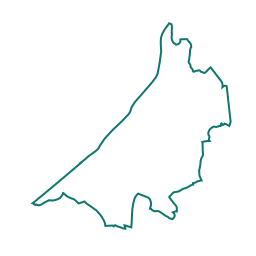 the district of Santa Lucía, Atlántico, Colombia, rotated 84°
{"feature_id": "7082276B3816592638323", "entity_name": "Santa Lucía", "entity_type": "district", "adm_level": 2, "iso_a3": "COL", "parent_name": "Colombia", "parent_adm1": "Atlántico", "projection": "robinson", "projection_center": [-74.963, 10.342], "detail": "fine", "context": "isolated", "style": "outline", "palette": "teal", "viewbox_px": 256, "rotation_deg": 84, "n_neighbors": 0, "source": "geoboundaries", "source_scale": "gbopen_adm2", "svg_char_len": 5563}
<svg xmlns="http://www.w3.org/2000/svg" viewBox="0 0 256 256"><g transform="rotate(84 128 128)"><path d="M149.5,48.2L148.6,48.7L147.9,48.7L147.4,48.7L146.9,48.5L146.5,48.4L146.1,48.1L145.9,48.0L145.6,47.9L145.3,47.9L143.9,48.2L143.7,48.3L143.3,48.6L143.0,48.7L142.1,48.8L141.5,48.7L141.0,48.6L140.3,48.3L139.7,48.0L139.1,47.6L138.4,47.1L138.0,46.8L137.5,46.3L137.1,45.7L136.6,44.9L136.0,43.7L135.8,43.2L135.6,42.6L135.6,42.2L135.6,41.9L136.0,41.0L136.2,40.4L136.2,40.1L136.2,39.8L136.1,39.4L136.0,39.0L135.9,38.5L135.6,37.6L135.5,37.0L135.7,36.0L135.7,35.7L135.5,35.4L135.3,35.3L134.6,35.3L134.2,35.3L133.4,34.9L133.2,34.5L133.3,34.4L133.9,34.0L134.3,33.9L134.6,33.8L134.7,33.7L134.8,33.5L134.9,33.4L134.8,33.2L134.4,32.1L134.1,31.7L133.8,31.4L134.0,31.0L135.2,28.8L136.5,27.1L136.0,26.9L135.5,26.6L133.9,25.8L132.4,25.3L131.8,25.2L130.9,25.3L97.9,25.5L96.7,25.5L96.4,26.0L96.2,26.5L96.1,27.1L96.2,27.7L96.2,28.1L96.6,28.8L97.3,29.8L95.9,29.5L94.7,29.5L93.5,29.6L92.7,29.7L91.7,30.2L90.6,30.7L86.9,33.0L78.9,37.9L76.3,39.5L77.4,41.1L78.1,42.0L79.9,44.0L80.3,44.5L80.6,45.0L81.1,45.7L81.2,45.9L81.2,46.1L81.2,46.4L81.0,46.9L80.4,47.9L79.9,49.2L79.7,49.5L79.3,49.9L78.6,50.4L78.4,50.6L78.2,50.8L78.1,51.1L78.1,51.6L78.2,52.5L78.3,54.5L78.4,55.0L78.8,56.0L78.9,56.5L78.9,56.8L78.8,57.0L78.6,57.3L78.4,57.4L78.3,57.5L78.1,57.6L77.1,57.5L76.7,57.6L76.2,57.8L75.7,58.1L74.9,58.8L74.4,59.1L74.0,59.3L73.5,59.4L72.4,59.3L71.9,59.4L71.5,59.5L71.0,59.7L70.1,60.3L69.8,60.5L69.1,60.7L68.5,60.7L68.1,60.7L67.6,60.5L66.6,60.1L66.2,59.9L64.6,59.7L63.3,59.3L62.1,59.0L59.1,58.4L57.4,58.2L56.8,58.0L56.1,57.8L55.2,57.4L54.7,57.2L54.3,56.7L53.7,56.6L53.1,56.6L52.5,56.6L52.1,56.7L51.2,56.8L50.8,56.9L50.4,57.1L49.6,57.6L48.8,58.1L48.4,58.5L47.6,59.0L46.2,59.8L45.8,60.0L45.6,62.3L45.4,65.1L45.4,66.7L46.0,66.7L46.9,66.9L47.7,67.0L47.9,67.1L48.9,67.9L49.4,68.4L49.8,69.1L49.9,69.5L50.1,71.1L50.1,71.5L49.9,71.8L49.6,71.9L49.0,72.7L48.5,73.4L47.9,74.0L47.7,74.2L47.2,74.2L46.6,74.5L45.9,74.8L45.3,75.0L44.8,75.1L43.6,75.2L43.0,75.2L42.0,75.1L41.5,75.0L41.0,74.9L40.2,74.6L39.1,74.6L38.5,74.5L37.5,74.5L36.7,74.4L35.6,74.3L35.0,74.2L34.4,74.1L32.5,73.7L30.7,73.8L29.3,74.0L29.0,74.8L28.6,75.4L28.1,76.1L33.9,81.2L37.9,84.1L41.3,85.6L44.1,86.2L48.4,86.7L55.3,87.0L65.7,89.5L76.9,92.8L80.5,95.0L85.1,99.3L98.3,113.4L102.9,118.4L107.5,122.1L112.0,124.1L114.2,125.8L120.5,133.2L128.3,143.4L136.2,152.4L141.5,156.8L141.5,157.0L145.0,159.4L146.1,160.5L147.9,163.1L150.0,166.8L152.4,170.9L154.4,173.6L157.6,178.8L157.8,178.5L170.4,197.0L179.0,209.7L191.8,229.0L192.8,230.8L193.2,230.0L194.0,229.3L193.9,229.1L194.7,228.4L194.9,227.9L194.6,227.6L194.5,227.1L194.6,226.9L194.7,226.7L195.0,226.3L195.5,225.1L195.6,224.8L195.5,224.1L195.3,223.5L195.3,223.1L195.2,222.6L194.9,221.9L194.6,221.4L194.2,220.5L193.8,219.8L193.3,218.8L193.1,218.4L193.0,218.0L191.8,214.5L191.5,213.8L191.7,213.3L192.0,212.4L192.1,211.7L192.2,210.7L192.2,209.6L192.1,208.7L192.0,207.7L191.8,206.7L191.6,205.8L191.3,204.9L190.5,202.9L188.8,201.3L187.3,200.0L186.7,199.7L186.2,199.6L185.9,199.4L185.9,199.2L186.1,198.9L186.9,198.4L187.2,198.1L187.6,197.5L188.6,196.7L189.5,195.8L190.3,194.7L190.6,194.2L191.2,193.2L192.3,191.2L193.0,189.5L193.5,188.9L193.9,188.5L197.9,184.9L197.8,184.5L197.7,183.9L197.1,181.5L196.6,178.9L198.3,177.6L203.4,171.7L205.3,169.7L206.6,168.1L211.6,164.5L213.6,163.4L215.9,162.4L216.6,162.0L218.3,161.4L219.9,161.0L221.8,160.8L223.0,160.7L223.4,153.7L223.5,153.7L223.7,153.1L224.3,152.4L223.3,151.1L223.7,150.4L224.1,149.8L224.4,149.3L224.9,148.4L225.6,146.6L226.3,145.3L227.1,143.8L227.3,143.3L227.5,142.5L227.9,141.2L227.2,141.2L225.6,141.5L224.9,141.7L224.4,141.7L227.1,135.1L221.6,134.1L216.0,133.3L211.2,132.5L209.4,132.2L208.2,131.9L203.5,130.6L202.6,130.3L198.6,128.7L197.7,128.2L196.5,127.2L195.7,126.5L195.1,125.8L194.5,125.0L194.3,124.7L196.0,121.7L197.4,118.8L198.2,117.4L198.7,116.5L198.9,116.0L199.3,115.3L200.1,114.6L200.7,114.0L201.3,113.6L201.8,113.5L202.8,113.2L203.5,113.1L205.0,113.0L205.7,112.9L206.2,113.0L207.4,113.3L210.6,114.6L210.8,113.6L210.9,113.4L211.2,113.3L211.8,112.8L212.7,111.9L213.4,110.6L213.6,109.9L213.6,109.3L213.7,108.6L213.6,108.0L213.7,107.3L213.7,106.8L214.3,105.7L215.0,104.7L215.5,104.1L216.2,103.4L216.6,102.8L217.4,101.8L218.0,101.3L219.6,99.3L219.9,98.8L220.2,98.2L220.6,97.6L221.3,97.0L221.9,96.5L222.0,96.4L223.3,93.2L222.8,92.7L222.0,91.9L221.3,91.3L220.8,90.9L220.4,90.8L220.0,90.7L219.5,90.7L218.6,90.8L218.1,91.0L216.6,92.2L215.7,88.9L216.3,88.2L216.5,87.6L216.3,87.8L215.5,88.1L215.0,88.1L213.7,87.9L213.1,87.9L212.5,87.9L211.5,87.9L211.0,88.1L210.4,88.4L209.9,88.7L208.1,89.9L207.3,90.5L207.0,90.7L206.6,91.0L205.6,91.5L204.2,92.5L203.3,92.9L202.0,93.8L201.7,94.0L200.8,94.2L200.3,93.7L200.1,93.3L199.4,92.5L198.5,91.6L197.1,89.8L196.9,89.4L196.7,88.7L196.6,88.3L196.6,86.0L196.4,85.0L196.3,84.2L196.3,83.6L196.0,83.4L195.9,83.2L195.6,82.6L195.6,82.3L195.4,81.9L194.4,80.2L194.2,79.1L193.9,78.0L193.9,77.4L193.6,76.6L193.5,76.0L192.7,73.9L192.3,73.0L192.1,72.6L191.7,71.8L191.5,71.2L191.3,70.2L191.0,69.1L189.6,69.2L189.5,68.0L189.5,67.2L189.0,65.8L188.6,65.3L188.3,64.5L188.2,63.2L188.1,62.7L188.0,62.2L187.9,61.7L187.9,60.3L185.2,61.2L183.2,61.8L182.2,61.9L181.8,61.9L180.1,61.7L179.5,61.7L179.2,61.8L178.0,61.8L176.3,61.2L175.9,61.1L174.5,60.6L173.1,60.2L170.7,59.6L169.0,59.4L168.4,59.2L167.6,58.9L166.7,58.6L165.2,57.8L164.6,57.4L163.7,56.8L163.0,56.4L162.8,56.3L162.6,56.2L158.5,56.0L157.0,56.0L155.1,55.7L153.3,55.7L152.0,55.4L149.6,55.6L149.2,50.7L149.4,49.4L149.5,48.2Z" fill="none" stroke="#0f766e" stroke-width="2"/></g></svg>